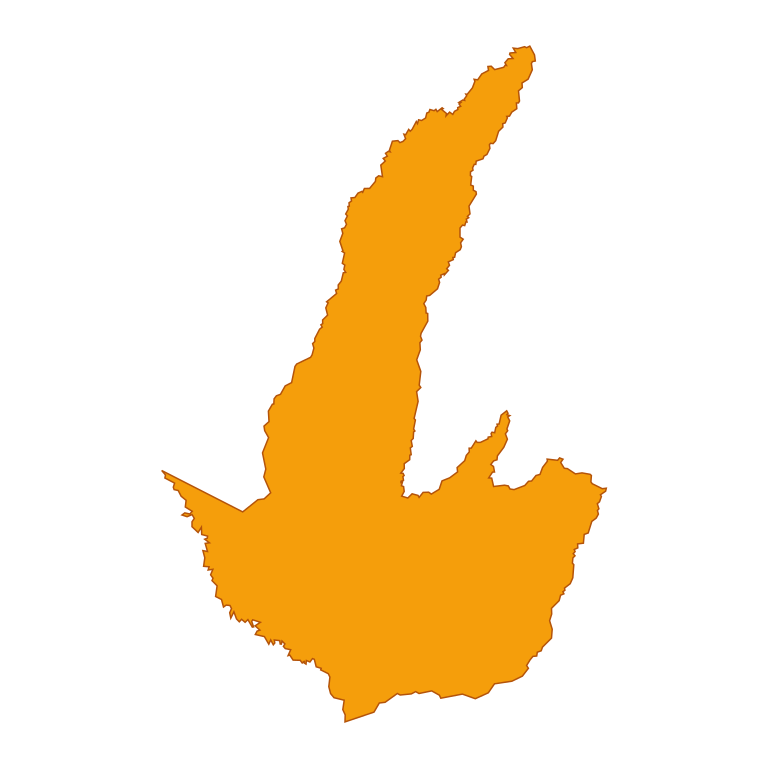 outline of Paranatinga, Mato Grosso, Brazil
{"feature_id": "56859067B44525385628721", "entity_name": "Paranatinga", "entity_type": "district", "adm_level": 2, "iso_a3": "BRA", "parent_name": "Brazil", "parent_adm1": "Mato Grosso", "projection": "mercator", "projection_center": [-54.063, -13.341], "detail": "fine", "context": "isolated", "style": "filled", "palette": "amber", "viewbox_px": 768, "rotation_deg": 0, "n_neighbors": 0, "source": "geoboundaries", "source_scale": "gbopen_adm2", "svg_char_len": 6096}
<svg xmlns="http://www.w3.org/2000/svg" viewBox="0 0 768 768"><path d="M606.3,488.2L602.3,488.7L592.2,483.7L590.9,481.8L591.4,475.5L590.1,474.3L582.0,472.9L575.4,473.9L567.4,468.6L564.3,468.3L560.7,462.5L563.0,459.2L559.6,457.9L557.6,460.3L547.1,459.1L547.4,461.2L542.6,467.4L540.0,474.4L536.0,475.5L531.6,481.0L528.5,481.3L524.8,485.5L514.1,489.6L510.0,489.0L508.3,485.9L504.5,485.2L493.6,486.5L491.7,478.1L488.7,477.9L492.5,472.1L494.5,472.0L493.5,466.5L490.8,464.5L493.6,460.9L497.0,459.8L497.4,455.9L503.8,447.3L507.4,439.2L505.4,433.8L507.7,430.7L506.9,429.0L509.7,420.9L507.7,416.9L509.8,415.6L506.9,414.7L508.0,413.3L506.7,410.8L501.1,415.2L499.1,424.0L497.0,424.2L497.5,426.2L495.8,427.3L494.7,432.7L492.0,432.2L491.1,433.5L491.7,436.5L488.2,437.1L488.0,438.8L480.4,442.4L477.1,442.4L475.9,440.8L471.3,448.1L469.1,448.2L469.3,451.9L466.3,455.4L464.7,460.7L457.1,467.6L457.6,471.9L449.7,477.8L442.0,480.9L439.2,489.3L431.3,494.1L428.7,492.2L423.1,492.4L419.1,497.4L418.0,495.4L412.1,493.8L407.8,498.0L401.7,496.1L404.2,491.4L403.6,486.6L401.4,485.7L402.5,481.9L401.0,482.5L401.0,481.3L403.5,480.2L402.9,476.6L404.1,475.5L403.1,473.4L400.8,473.1L404.3,468.6L404.2,463.7L409.7,459.7L409.8,455.2L411.2,454.7L410.3,447.9L412.3,446.4L411.2,440.5L413.2,438.5L413.6,431.9L414.9,431.0L413.6,429.1L415.4,420.0L414.1,418.5L418.1,401.4L416.6,391.6L420.8,387.5L419.2,385.1L420.8,371.4L416.7,359.8L420.3,349.8L419.9,342.7L422.0,340.1L420.5,336.3L421.1,333.3L427.8,321.1L427.7,313.5L426.1,313.0L425.8,307.5L423.8,303.6L426.2,300.0L426.7,296.0L429.7,295.4L437.5,288.8L439.6,282.4L438.6,279.2L441.2,277.1L440.7,275.2L444.2,273.7L444.3,275.0L448.4,270.4L446.7,268.7L449.5,265.3L448.3,261.9L453.3,259.6L452.9,257.5L454.6,257.3L455.6,252.7L460.2,249.7L461.4,246.7L460.6,242.8L463.2,239.2L460.0,237.1L460.0,228.0L462.5,225.1L464.7,225.6L465.9,221.9L467.0,222.0L466.3,219.1L468.7,217.7L467.4,216.4L470.0,213.9L469.0,206.1L476.4,194.1L476.0,191.6L473.3,190.2L473.3,186.1L470.7,185.0L471.7,176.5L470.4,175.6L470.5,171.8L473.0,170.2L472.6,167.8L474.3,164.3L475.8,164.4L476.2,161.1L483.0,158.8L484.0,156.1L486.9,154.5L489.9,148.4L489.4,144.7L490.5,143.3L493.1,143.6L495.7,140.7L498.6,131.3L502.9,127.1L502.7,123.7L505.2,122.9L507.4,117.8L506.7,116.4L509.5,116.1L511.8,112.1L516.8,108.7L516.4,103.0L518.5,102.9L519.5,101.0L518.5,90.8L522.3,87.6L522.0,83.0L528.1,79.2L532.3,69.8L531.4,63.5L532.4,61.6L535.3,61.0L534.5,54.9L529.8,46.1L526.6,47.7L524.6,46.7L517.7,48.6L513.2,48.1L515.8,52.5L510.0,53.0L509.6,54.4L513.0,58.5L508.2,58.8L504.9,62.7L506.5,65.5L505.1,65.3L503.7,67.3L494.7,69.6L491.2,66.2L487.9,66.5L488.5,70.4L481.8,73.9L477.7,79.8L474.1,79.3L474.9,81.3L472.4,87.9L467.2,94.3L465.8,94.1L466.7,95.8L464.3,99.0L464.7,100.4L462.8,100.0L459.1,102.3L460.7,102.6L459.0,103.9L460.7,106.3L457.7,107.6L457.9,109.5L454.5,111.3L452.8,114.4L449.6,112.1L446.1,115.8L446.5,113.5L441.3,109.2L443.1,108.6L442.1,107.8L437.2,111.6L435.9,109.3L434.1,110.7L429.9,109.5L428.9,112.2L426.8,113.0L425.6,118.0L421.6,120.5L418.6,119.8L417.5,123.6L416.3,121.5L412.1,129.4L410.2,131.2L408.7,129.4L405.7,134.7L403.9,134.2L405.6,138.7L403.0,141.4L399.9,142.6L397.9,140.6L392.4,141.2L389.4,150.3L390.2,151.8L388.4,151.3L385.5,153.3L387.3,156.2L383.2,158.4L385.3,161.0L380.8,165.1L382.5,176.7L378.7,175.8L375.8,178.0L375.4,181.4L369.6,188.4L364.4,188.5L362.7,192.3L361.9,191.4L358.0,193.1L354.9,197.5L351.0,197.9L351.5,201.0L349.0,202.8L349.3,206.1L347.9,206.5L348.3,209.2L345.7,214.0L347.4,215.9L345.0,220.7L346.5,224.3L344.6,227.8L341.6,228.8L342.8,233.4L339.8,241.4L342.9,250.7L342.1,251.4L344.6,253.0L342.3,263.3L344.8,265.1L343.9,269.4L345.7,272.4L343.3,272.8L341.3,281.1L338.2,285.0L338.3,288.9L335.6,290.1L336.6,293.5L326.6,301.8L328.1,302.8L325.8,307.9L327.6,315.1L322.6,320.0L322.7,323.6L320.9,324.8L322.2,327.1L319.6,329.2L314.8,338.5L314.8,341.5L312.6,343.6L313.9,348.1L312.1,354.8L310.6,357.3L296.7,364.0L295.0,366.4L291.6,382.6L285.2,385.9L280.5,394.3L276.4,395.8L274.1,398.8L273.8,404.0L272.4,404.2L268.4,411.1L269.0,421.6L264.0,426.1L264.7,430.7L268.6,437.6L262.5,452.9L265.8,469.1L263.8,476.9L270.7,492.8L264.1,498.9L257.9,499.7L242.7,511.9L161.7,470.5L165.5,475.0L164.9,478.0L174.6,483.1L173.3,487.2L174.1,489.6L178.2,490.5L181.1,496.2L186.1,500.3L185.3,507.0L192.2,511.3L189.9,514.0L184.8,512.9L182.0,515.0L187.1,516.7L192.1,514.6L194.3,518.4L192.0,521.8L192.0,526.7L198.1,532.5L201.4,527.2L201.7,534.5L207.6,536.1L207.3,538.2L204.7,539.2L209.4,542.8L205.2,543.4L207.5,551.5L202.9,550.6L204.8,557.8L203.6,566.3L209.1,566.8L208.1,570.0L212.9,569.3L210.6,574.8L213.0,578.2L212.0,580.6L217.1,585.8L215.6,596.5L221.5,599.5L223.5,607.0L226.2,605.1L230.0,605.5L231.5,608.6L229.7,612.7L230.8,618.1L233.9,611.8L236.5,618.9L239.3,621.8L241.6,619.3L245.1,622.3L247.9,619.6L252.3,627.1L253.6,626.9L251.7,621.4L252.7,619.8L260.4,622.3L255.1,625.8L259.9,630.1L257.1,631.1L255.3,634.5L264.4,636.6L268.8,644.2L270.7,639.9L273.3,644.8L274.8,643.0L274.3,640.0L279.7,640.6L280.2,644.0L281.4,644.1L282.0,641.0L284.9,643.9L283.4,646.4L285.3,648.6L290.7,649.7L288.1,655.6L289.8,655.1L293.1,660.1L300.2,660.3L302.2,663.0L304.6,660.9L303.8,662.7L306.0,664.1L306.4,660.5L309.9,662.0L312.5,658.6L314.3,659.3L316.2,666.8L321.2,668.3L320.7,669.9L328.3,673.7L329.9,677.1L328.8,686.7L330.6,693.6L334.0,697.7L344.2,700.2L342.8,709.6L345.2,714.9L345.0,721.9L374.0,712.1L379.3,703.0L385.1,702.3L397.3,693.5L400.2,695.0L411.3,693.9L415.7,691.6L419.0,693.5L431.7,690.9L439.4,695.2L440.8,698.2L462.4,694.1L475.3,698.7L488.3,692.8L494.5,683.8L511.9,681.2L522.4,676.1L528.4,668.3L526.6,665.5L530.1,659.8L532.9,656.4L536.7,656.0L537.3,652.2L541.2,650.8L542.5,647.1L551.5,638.1L552.2,629.2L549.6,620.7L551.7,614.0L551.5,608.3L559.1,600.7L560.6,595.2L563.9,593.8L562.9,591.7L564.9,590.3L564.5,588.1L570.2,583.7L572.8,577.8L573.8,564.7L572.4,563.1L572.9,557.9L575.0,555.8L573.2,553.7L575.1,551.6L574.2,549.5L577.8,547.9L577.6,543.9L583.4,543.2L584.2,534.4L588.2,533.0L591.8,521.4L596.2,518.1L598.4,514.1L597.4,510.5L598.9,508.8L597.3,503.7L599.5,501.8L601.4,496.5L600.4,494.8L605.6,491.2L606.3,488.2Z" fill="#f59e0b" stroke="#b45309" stroke-width="1.5"/></svg>